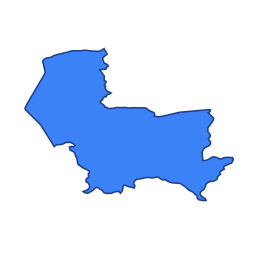 outline of Tabocão, Tocantins, Brazil, rotated 258°
{"feature_id": "56859067B31909496494613", "entity_name": "Tabocão", "entity_type": "district", "adm_level": 2, "iso_a3": "BRA", "parent_name": "Brazil", "parent_adm1": "Tocantins", "projection": "equal_earth", "projection_center": [-48.562, -9.085], "detail": "fine", "context": "isolated", "style": "filled", "palette": "blue", "viewbox_px": 256, "rotation_deg": 258, "n_neighbors": 0, "source": "geoboundaries", "source_scale": "gbopen_adm2", "svg_char_len": 3633}
<svg xmlns="http://www.w3.org/2000/svg" viewBox="0 0 256 256"><g transform="rotate(258 128 128)"><path d="M199.5,58.5L197.2,56.8L196.0,55.7L193.9,53.8L192.4,52.4L186.5,47.0L179.2,40.3L176.3,37.6L171.9,33.7L168.9,31.4L167.3,31.4L162.2,34.7L158.9,36.9L151.1,42.0L149.0,43.3L125.1,52.0L125.9,53.4L126.4,55.2L126.0,57.2L125.8,59.2L125.9,61.2L126.5,63.3L126.6,65.9L125.9,68.6L123.9,71.3L122.0,72.7L120.8,70.7L121.7,69.3L121.6,66.7L120.2,66.7L118.4,66.8L116.9,68.8L115.2,70.6L112.7,70.9L111.1,70.9L109.3,71.6L107.3,71.6L105.7,71.6L104.3,71.4L102.8,71.6L98.1,75.9L96.7,77.8L95.8,79.2L94.3,81.0L92.5,81.1L91.4,79.6L89.7,79.4L88.0,79.1L86.9,76.6L85.3,75.9L83.8,75.9L82.7,77.5L80.5,78.3L78.5,78.2L76.8,77.3L76.0,75.1L75.5,73.3L75.2,70.9L74.0,71.9L73.1,73.5L72.5,75.3L73.3,77.5L73.9,79.8L74.9,81.5L75.8,83.0L76.4,84.7L75.5,86.8L74.0,87.7L72.6,89.5L71.1,90.4L69.7,91.0L68.6,93.0L68.0,95.9L67.5,98.5L68.2,100.9L68.2,103.4L67.7,105.9L65.7,107.0L67.2,108.9L69.1,110.1L70.4,110.5L71.8,110.8L72.9,112.3L71.8,114.6L70.5,116.5L69.4,118.7L68.0,121.6L70.0,122.8L71.8,122.1L73.8,122.4L75.7,124.9L76.1,127.2L75.7,129.0L75.7,130.9L75.8,133.0L75.7,135.2L75.4,137.9L74.4,140.1L74.0,142.5L74.1,145.6L73.5,147.7L71.7,149.0L69.9,151.3L69.5,154.0L67.9,155.4L66.4,157.3L65.2,159.7L64.5,162.2L64.0,164.0L63.5,165.8L62.8,167.5L61.8,168.7L60.6,169.8L59.4,171.0L57.9,172.3L56.1,173.4L54.2,175.0L52.8,176.9L51.5,178.5L49.4,179.7L47.2,181.4L44.8,181.2L43.2,182.1L42.2,184.5L41.3,186.7L40.9,189.3L42.8,189.0L44.4,187.3L46.1,185.6L48.2,184.7L50.1,185.6L51.2,187.2L52.0,189.3L53.6,190.7L55.5,192.1L57.0,192.8L58.0,194.5L58.6,197.2L58.3,199.5L58.3,201.5L58.9,203.4L59.7,204.7L61.4,205.3L62.7,207.0L63.6,208.9L65.7,208.4L66.5,209.9L67.1,211.7L67.8,213.7L69.1,213.1L70.5,214.1L71.1,216.2L71.7,219.0L72.1,221.9L74.0,223.7L75.7,224.6L77.3,224.0L78.3,220.8L78.9,217.8L79.0,215.2L78.3,213.2L78.7,211.2L79.7,210.0L80.7,208.5L81.7,206.8L82.1,204.6L81.4,202.3L80.8,200.7L80.3,198.9L80.2,197.0L80.5,194.5L88.8,195.4L90.9,196.9L92.5,198.6L93.1,200.9L93.8,203.8L95.5,205.4L97.2,205.9L99.1,204.9L100.8,204.3L102.2,206.3L103.8,207.0L105.8,206.5L108.0,205.3L109.5,205.9L111.5,205.9L113.0,208.0L118.2,213.3L119.8,213.8L126.3,209.5L126.8,211.4L128.6,212.5L129.2,210.0L129.7,206.1L130.1,203.4L130.4,200.5L130.8,197.6L131.1,194.3L131.6,190.8L131.9,188.1L132.1,186.0L132.6,182.6L132.7,180.8L132.6,178.5L132.6,176.7L132.5,174.6L132.5,171.9L132.4,169.8L132.4,166.8L132.4,162.9L132.7,159.9L134.0,156.2L135.8,157.0L137.7,156.5L139.0,154.7L140.4,152.6L142.0,151.3L143.3,150.2L144.2,148.8L144.6,146.9L144.9,144.7L145.7,142.5L146.1,139.9L146.8,137.3L147.2,134.7L147.5,132.1L148.6,130.1L149.1,127.1L149.6,124.2L150.3,122.1L150.5,119.9L150.4,117.6L150.8,115.0L151.2,112.8L152.7,111.5L153.3,109.6L154.7,109.5L156.3,108.4L157.9,106.9L159.6,106.1L160.6,108.6L162.2,109.8L163.3,111.3L163.2,113.3L164.6,113.8L165.1,117.0L165.8,118.8L167.3,116.8L168.5,115.1L170.6,114.3L172.2,113.8L173.2,114.8L175.0,113.8L176.6,115.5L178.1,116.4L179.0,114.8L180.3,114.8L181.8,115.1L183.7,115.6L185.8,114.6L187.4,114.1L189.3,113.1L190.9,112.5L190.7,114.6L190.4,116.4L190.0,118.6L191.7,119.3L192.5,121.5L194.3,121.1L196.0,118.7L197.6,118.0L199.5,117.8L201.6,117.7L203.2,120.2L204.4,122.9L206.0,122.6L207.4,122.2L208.8,121.3L210.6,121.2L209.8,119.0L209.1,116.5L209.3,114.4L209.8,112.4L210.5,109.6L211.6,106.5L212.6,103.5L213.2,101.2L213.3,98.6L213.8,95.3L214.5,92.5L215.1,89.9L215.1,87.6L214.9,85.5L214.7,83.3L214.9,81.1L214.4,78.4L214.7,75.7L214.4,73.9L214.4,71.6L213.8,69.4L213.2,66.7L213.4,64.1L213.3,62.1L212.4,59.9L211.1,58.4L208.0,58.5L202.3,58.6L199.5,58.5Z" fill="#3b82f6" stroke="#1e3a8a" stroke-width="1.5"/></g></svg>